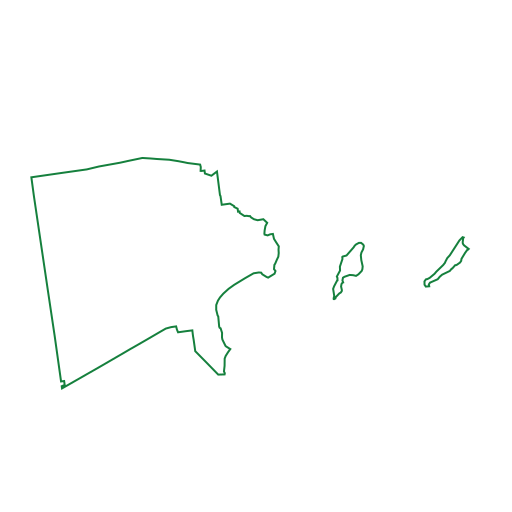 outline of Los Angeles, California, United States of America, rotated 262°
{"feature_id": "52423323B87301828944684", "entity_name": "Los Angeles", "entity_type": "district", "adm_level": 2, "iso_a3": "USA", "parent_name": "United States of America", "parent_adm1": "California", "projection": "mercator", "projection_center": [-118.385, 33.812], "detail": "fine", "context": "isolated", "style": "outline", "palette": "green", "viewbox_px": 512, "rotation_deg": 262, "n_neighbors": 0, "source": "geoboundaries", "source_scale": "gbopen_adm2", "svg_char_len": 2831}
<svg xmlns="http://www.w3.org/2000/svg" viewBox="0 0 512 512"><g transform="rotate(262 256 256)"><path d="M365.2,44.5L346.6,44.4L250.7,45.1L205.2,45.5L158.9,45.5L158.9,48.6L154.9,48.6L154.1,45.5L151.9,45.5L154.2,51.3L168.9,88.1L179.0,112.9L181.8,119.7L181.8,119.8L186.9,132.5L190.8,142.1L194.0,149.9L196.7,156.6L197.3,161.3L197.4,162.5L197.4,167.1L194.7,167.4L194.4,167.4L191.3,168.2L191.3,172.4L191.3,176.0L191.2,182.6L186.8,182.5L185.1,182.5L181.6,182.6L170.2,182.6L158.5,191.3L143.8,202.1L143.1,208.4L144.3,208.8L146.1,208.2L151.6,209.6L158.8,210.7L161.3,212.1L164.6,214.9L167.4,217.6L170.6,213.8L171.2,213.3L177.9,211.1L180.1,211.0L184.6,211.7L189.3,210.9L190.0,210.0L191.2,209.7L201.4,210.2L202.5,209.7L208.4,209.1L208.8,209.2L213.0,209.8L217.1,212.1L220.0,214.6L223.2,218.3L223.5,218.7L227.3,224.3L230.5,230.4L234.0,238.5L235.6,242.2L239.2,251.2L239.3,256.5L238.8,258.8L237.0,259.7L233.8,263.5L232.9,265.0L235.9,271.9L238.4,273.2L240.5,272.0L244.7,273.0L245.7,273.9L249.5,276.2L251.3,277.4L252.2,278.0L255.7,278.9L259.2,279.2L262.4,279.9L266.9,277.8L270.5,276.2L275.5,275.8L275.5,273.1L274.8,270.4L276.0,267.5L276.9,267.4L280.1,268.1L281.9,268.7L284.3,269.5L287.3,271.7L291.4,268.4L291.2,262.6L292.7,259.1L294.9,256.5L296.4,255.6L296.4,254.7L297.1,252.4L297.2,250.1L300.9,245.9L302.4,245.9L302.4,244.4L305.4,244.4L307.5,241.3L308.4,241.3L311.5,237.5L311.5,229.2L313.2,229.2L320.3,229.2L321.3,228.8L345.1,229.1L341.7,223.0L344.8,216.9L347.8,216.9L347.8,213.8L348.0,213.0L351.8,213.7L354.3,213.4L357.6,201.2L358.8,197.9L360.7,192.3L363.4,183.5L363.5,183.0L365.8,171.6L367.2,165.4L368.9,157.1L368.2,146.6L367.9,142.0L367.8,140.9L367.3,134.4L366.5,113.0L365.3,100.5L365.3,75.6L365.2,44.5ZM202.5,327.0L202.4,327.3L202.9,328.7L204.1,329.2L207.3,333.2L208.1,335.0L209.4,336.1L210.3,336.3L214.0,336.0L216.4,336.8L217.6,338.0L217.7,338.6L219.8,338.2L222.4,339.1L223.1,340.7L224.2,346.1L223.5,349.5L222.4,352.3L223.6,354.9L226.5,358.6L228.1,359.5L230.9,360.2L237.3,359.7L242.2,359.9L244.8,360.9L247.7,363.0L250.9,364.2L252.3,363.8L254.4,361.9L254.7,359.8L253.5,356.6L252.4,355.1L251.0,353.9L243.9,345.7L243.4,341.8L243.0,341.3L241.0,341.2L233.8,337.6L229.9,337.2L224.4,333.2L223.0,333.6L220.5,333.3L220.4,332.9L215.1,329.1L212.7,327.8L205.5,327.9L203.3,327.0L202.5,327.0ZM202.1,419.9L201.9,423.3L203.8,423.2L205.4,424.6L207.7,432.7L209.9,435.1L211.6,437.7L214.2,445.8L216.2,448.0L216.2,448.5L219.2,452.0L219.1,453.0L219.3,453.6L221.1,457.1L222.6,458.5L224.6,459.1L230.0,463.5L232.9,466.3L232.7,466.6L233.4,467.6L237.6,463.5L238.8,462.8L240.1,462.5L241.3,462.7L244.7,463.6L245.4,464.2L245.9,463.2L243.1,459.6L229.7,448.0L227.3,445.1L224.1,442.8L223.0,442.2L221.0,440.1L215.4,432.4L213.5,430.3L210.2,425.0L209.3,422.5L209.3,421.2L208.5,420.3L207.4,419.3L204.1,418.9L202.1,419.9Z" fill="none" stroke="#15803d" stroke-width="2"/></g></svg>